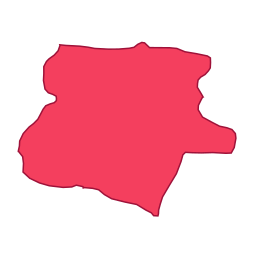 map outline of Vinica (Albers equal-area conic projection), rotated 93°
{"feature_id": "MKD-3003", "entity_name": "Vinica", "entity_type": "Statistical Region", "adm_level": 1, "iso_a3": "MKD", "parent_name": "North Macedonia", "parent_adm1": "", "projection": "albers", "projection_center": [22.558, 41.857], "detail": "fine", "context": "isolated", "style": "filled", "palette": "rose", "viewbox_px": 256, "rotation_deg": 93, "n_neighbors": 0, "source": "natural_earth", "source_scale": "10m", "svg_char_len": 1388}
<svg xmlns="http://www.w3.org/2000/svg" viewBox="0 0 256 256"><g transform="rotate(93 128 128)"><path d="M48.5,200.4L48.8,194.3L48.8,184.4L48.8,180.4L49.4,172.1L50.3,165.4L50.3,158.6L50.3,151.5L49.7,141.6L48.3,130.9L47.1,126.2L43.9,122.6L41.8,118.6L42.0,117.6L42.1,115.9L46.6,110.7L45.7,90.5L46.0,83.4L48.9,75.1L50.2,63.6L51.9,52.5L53.7,49.4L58.4,49.0L63.7,49.0L66.6,50.6L70.5,53.8L73.4,58.1L76.4,60.5L79.9,60.9L83.7,60.9L90.2,56.5L93.0,54.7L93.0,55.0L96.1,56.5L101.7,58.9L106.1,58.9L113.2,54.2L117.6,45.1L121.4,36.7L122.6,29.2L124.1,24.1L127.9,20.5L132.6,19.7L142.0,20.9L147.6,23.6L148.1,29.0L148.1,42.1L149.0,53.2L149.3,62.3L149.3,69.4L151.9,71.8L158.7,73.3L171.1,77.3L182.9,83.6L195.0,89.9L202.6,91.9L208.3,93.1L212.1,93.1L214.2,93.5L214.2,97.8L211.5,100.2L209.1,105.7L203.9,115.3L202.1,127.1L199.5,140.6L195.7,148.1L191.2,154.1L190.1,160.1L189.8,168.3L190.2,169.6L188.9,169.9L187.8,176.6L189.8,181.0L190.7,189.7L189.8,203.6L187.5,213.5L183.4,223.4L177.5,230.5L168.9,230.5L162.1,231.7L157.1,236.1L157.1,236.3L156.5,236.3L151.7,235.5L146.7,235.5L139.0,232.3L132.2,226.8L128.4,222.4L124.0,218.5L118.9,216.1L113.6,213.7L110.1,211.3L108.0,207.0L106.6,203.0L104.4,201.0L102.4,201.0L100.0,201.4L98.3,205.0L97.0,209.4L93.5,212.9L85.0,214.9L78.2,214.9L71.1,215.3L65.8,212.9L63.1,210.5L59.0,205.4L54.5,201.8L49.0,200.2L48.5,200.4Z" fill="#f43f5e" stroke="#9f1239" stroke-width="1.5"/></g></svg>